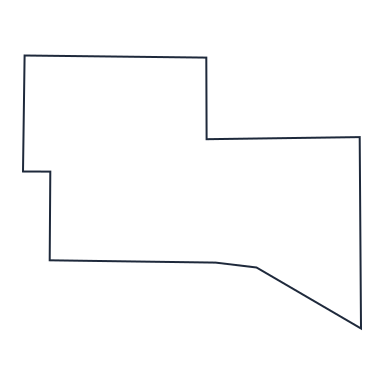 the district of Kerr, Texas, United States of America
{"feature_id": "52423323B33444382210707", "entity_name": "Kerr", "entity_type": "district", "adm_level": 2, "iso_a3": "USA", "parent_name": "United States of America", "parent_adm1": "Texas", "projection": "equal_earth", "projection_center": [-99.429, 30.036], "detail": "fine", "context": "isolated", "style": "outline", "palette": "slate", "viewbox_px": 384, "rotation_deg": 0, "n_neighbors": 0, "source": "geoboundaries", "source_scale": "gbopen_adm2", "svg_char_len": 262}
<svg xmlns="http://www.w3.org/2000/svg" viewBox="0 0 384 384"><path d="M24.6,55.5L23.0,171.5L50.3,171.6L49.7,260.3L85.2,260.8L215.6,262.6L256.5,267.5L361.0,328.5L359.7,137.1L206.6,139.2L206.3,57.6L24.6,55.5Z" fill="none" stroke="#1e293b" stroke-width="2"/></svg>